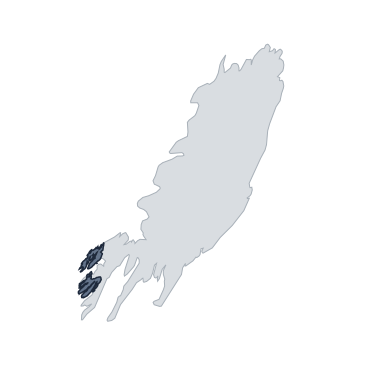 location of Ísafjarðarbær, Vestfirðir, Iceland, rotated 304°
{"feature_id": "244011B55108803715122", "entity_name": "Ísafjarðarbær", "entity_type": "district", "adm_level": 2, "iso_a3": "ISL", "parent_name": "Iceland", "parent_adm1": "Vestfirðir", "projection": "equal_earth", "projection_center": [-22.968, 66.078], "detail": "fine", "context": "in_parent", "style": "filled", "palette": "slate", "viewbox_px": 384, "rotation_deg": 304, "n_neighbors": 0, "source": "geoboundaries", "source_scale": "gbopen_adm2", "svg_char_len": 8816}
<svg xmlns="http://www.w3.org/2000/svg" viewBox="0 0 384 384"><g transform="rotate(304 192 192)"><path d="M296.1,148.3L299.6,148.4L305.2,147.3L313.2,144.0L316.6,143.3L324.5,143.3L315.1,146.5L311.8,150.0L309.3,151.7L309.4,152.5L316.3,154.6L319.5,153.9L321.0,154.2L322.3,155.2L323.4,157.2L323.0,159.3L321.2,161.5L318.7,163.2L319.1,163.8L321.2,164.1L332.3,163.0L333.8,165.6L334.9,166.5L334.6,167.3L330.4,170.1L335.5,168.4L339.6,167.9L346.8,168.8L349.8,169.8L351.6,171.6L355.1,171.0L356.8,172.0L356.9,173.1L355.6,176.1L351.5,177.6L354.2,179.8L356.4,179.8L356.8,180.3L356.7,181.6L353.6,183.1L359.1,184.8L359.8,185.4L359.6,187.3L358.8,188.4L357.3,189.1L353.4,189.2L351.1,189.9L352.0,191.1L351.5,194.4L348.7,197.1L346.0,198.5L343.2,199.5L335.4,198.4L335.9,200.8L333.3,202.2L333.9,203.4L334.9,204.0L334.5,205.6L331.2,208.8L328.8,209.8L323.9,211.1L316.9,214.0L309.7,214.0L292.0,218.2L285.1,220.5L272.9,227.3L267.6,229.1L258.5,230.0L231.2,234.5L228.3,237.2L228.1,237.8L229.4,238.9L227.4,240.8L223.3,242.2L221.3,242.2L217.9,241.0L217.5,241.6L218.9,243.0L205.5,245.4L186.8,244.1L170.1,240.8L157.0,240.1L147.6,235.4L147.4,234.7L148.3,233.3L151.7,232.7L150.0,231.2L144.5,233.7L142.7,233.6L140.3,232.6L140.2,231.7L135.5,231.3L127.4,228.3L126.8,227.7L128.7,226.7L128.4,226.5L124.0,226.6L117.7,229.4L80.2,230.4L79.0,229.0L77.4,223.7L78.7,221.5L80.2,221.7L84.6,224.7L94.7,223.0L98.7,221.9L102.5,219.0L104.6,218.1L107.6,214.4L110.7,212.2L117.0,211.1L111.3,210.5L101.9,213.4L98.8,213.4L100.2,212.1L103.4,210.7L101.2,210.6L100.4,209.9L100.2,208.6L101.9,206.4L113.0,202.5L110.4,201.8L102.7,204.7L97.1,205.8L92.5,204.4L90.3,202.6L90.4,201.8L93.1,199.5L92.6,199.1L90.8,198.8L85.8,196.7L78.0,196.9L58.7,195.7L44.1,198.6L40.6,197.3L37.7,194.4L38.3,193.2L40.9,192.6L48.0,192.7L58.5,191.3L63.3,189.6L65.1,190.0L66.0,190.8L72.5,189.6L75.9,188.1L81.7,188.8L103.5,188.0L106.3,186.1L107.4,183.7L106.9,183.3L98.9,185.4L97.1,185.4L87.8,184.2L84.5,183.0L85.6,181.9L90.5,179.7L102.9,176.1L104.7,175.3L104.8,174.5L99.9,172.9L90.5,173.3L88.1,171.5L80.3,170.4L75.1,171.1L72.4,170.0L41.8,175.8L31.9,173.1L24.8,172.7L24.2,171.8L28.4,169.3L31.2,168.8L34.0,169.0L39.4,170.8L43.2,171.4L38.5,168.8L38.3,166.2L36.8,165.6L35.4,163.9L36.0,163.4L41.6,163.7L50.6,166.6L55.0,166.1L60.7,164.3L47.9,163.2L44.0,160.9L46.8,159.8L53.4,159.9L46.0,156.0L45.7,155.3L47.0,153.6L56.2,155.1L51.3,152.8L51.2,152.3L52.6,151.9L53.3,150.4L55.6,149.9L60.3,150.4L67.5,153.0L68.5,153.8L68.8,156.5L71.7,156.1L75.0,156.5L77.8,154.6L79.8,155.0L81.3,156.7L81.1,160.3L83.1,159.1L86.4,159.0L87.0,156.0L86.3,153.6L75.3,150.8L71.0,148.8L71.5,148.2L73.6,147.6L85.1,147.1L80.2,145.9L78.9,144.7L70.3,145.2L65.9,144.7L65.8,144.1L67.5,143.2L72.8,141.3L82.8,141.2L86.8,141.7L94.6,145.7L100.8,147.4L111.3,152.9L117.9,155.1L118.3,155.6L117.2,156.2L114.6,157.0L118.6,157.9L121.0,159.4L121.2,160.0L119.1,164.5L116.6,166.0L110.4,165.1L111.9,166.6L116.3,168.1L117.3,169.0L116.7,169.8L118.8,169.6L119.5,170.0L118.5,172.6L117.4,173.5L121.1,174.1L123.7,175.4L126.8,180.6L128.4,176.6L129.3,175.1L130.8,174.5L132.5,170.5L136.6,168.1L140.4,167.2L144.5,170.0L147.3,170.3L150.2,165.3L150.5,161.7L149.5,157.6L149.9,154.8L151.9,153.1L154.4,152.6L160.0,154.3L164.7,158.2L171.8,162.6L176.6,163.7L177.5,163.5L178.3,162.1L177.4,156.4L179.5,153.4L185.2,152.6L193.8,149.9L195.8,149.8L200.1,151.4L208.0,157.1L213.5,159.7L216.6,164.0L217.9,164.8L219.0,163.5L219.0,161.6L212.0,152.8L211.9,151.6L212.5,150.7L224.4,151.1L227.1,152.1L235.5,157.1L239.5,155.1L247.2,149.2L250.0,149.4L256.9,151.7L259.7,151.5L267.5,149.4L269.1,146.7L265.3,141.1L266.7,140.0L274.0,138.6L282.0,138.9L290.6,144.0L291.1,146.4L296.1,148.3Z" fill="#d9dde1" stroke="#a8b0b8" stroke-width="1"/><path d="M52.9,150.0L51.9,150.6L51.1,150.9L51.0,151.0L51.3,151.1L52.8,151.2L53.5,151.2L53.5,151.4L54.9,151.5L55.5,151.8L56.1,152.3L57.7,152.8L58.4,153.2L56.1,152.6L54.8,151.9L52.8,151.5L51.9,151.9L49.9,151.9L49.3,152.0L49.2,152.1L49.7,152.6L51.5,153.2L52.7,153.8L53.6,154.1L53.8,154.4L53.9,154.2L54.4,154.2L56.5,154.9L56.9,155.2L57.0,155.4L56.9,155.4L57.2,155.6L57.1,155.9L57.4,155.9L57.6,156.0L58.5,156.3L58.2,156.3L58.4,156.4L58.4,156.5L57.6,156.3L57.4,156.4L57.2,156.4L56.7,156.1L56.4,156.1L56.3,155.9L56.7,156.0L56.6,155.6L56.9,155.4L56.5,155.6L56.2,155.3L56.2,155.1L56.3,155.1L56.1,155.1L56.1,155.3L55.8,155.3L52.0,154.7L48.8,153.8L47.9,153.9L46.2,153.6L45.5,153.7L45.0,154.2L44.9,154.5L44.4,154.7L44.4,154.9L44.9,155.4L44.6,155.6L45.4,155.8L46.3,156.5L47.2,157.0L47.6,157.0L48.2,157.4L49.8,158.1L50.9,158.4L51.1,158.7L52.0,159.1L52.8,159.1L53.4,159.4L54.7,159.3L54.4,159.2L54.6,159.2L55.8,159.6L55.9,160.0L56.3,160.1L57.2,160.3L59.2,160.3L59.8,160.5L60.6,160.8L61.0,160.7L61.6,161.0L63.1,161.1L63.9,161.3L62.1,161.3L59.4,160.8L59.6,160.8L59.8,160.7L59.7,160.7L59.4,160.8L58.8,160.7L58.2,160.8L57.4,160.8L56.7,160.6L55.8,160.6L54.9,160.3L54.5,160.0L54.4,159.8L53.6,159.8L52.3,160.1L51.5,160.1L50.8,159.9L50.2,159.8L49.9,159.3L46.7,158.7L44.8,158.4L44.0,158.7L43.8,158.7L43.3,159.2L43.4,159.3L43.2,159.5L42.9,159.7L43.2,160.3L43.7,160.6L43.7,160.9L43.9,160.9L43.8,161.1L44.1,161.2L44.2,161.5L47.7,163.3L48.7,163.3L53.1,164.1L53.4,164.1L53.8,163.9L56.9,164.0L59.4,163.8L60.7,163.8L62.4,163.2L63.2,163.1L63.8,163.2L64.2,163.4L63.5,163.7L62.6,163.8L62.1,164.1L62.5,164.3L62.9,164.3L63.0,164.6L62.9,164.8L61.3,164.6L59.2,164.5L58.1,165.0L54.5,165.0L53.1,165.3L53.6,165.4L54.1,165.8L55.5,166.3L55.9,166.4L57.1,165.6L59.2,166.2L61.4,166.2L63.1,165.6L65.7,166.1L66.9,165.9L68.1,165.8L68.6,165.7L69.4,164.9L70.1,164.2L70.3,163.7L70.2,163.2L69.6,162.7L69.2,162.1L68.5,161.6L68.0,160.9L66.0,160.0L65.3,159.4L65.2,159.0L63.7,158.0L63.7,157.6L63.7,157.1L64.2,156.7L63.9,156.5L64.8,156.2L65.6,155.8L65.8,155.1L67.7,154.8L68.2,154.7L69.1,153.9L69.1,153.6L69.6,153.2L69.0,152.8L68.1,152.6L66.2,153.7L64.8,154.1L64.7,154.1L64.9,154.2L64.5,154.4L64.4,154.4L64.4,154.1L64.7,154.1L64.1,153.8L65.6,153.4L65.7,153.5L65.5,153.8L65.8,153.6L66.0,153.5L65.6,153.3L66.2,152.4L65.7,152.2L65.7,151.8L65.0,151.4L63.5,151.6L63.4,151.8L63.6,152.1L63.5,152.3L63.0,152.5L62.0,152.5L61.7,152.8L61.1,153.0L61.0,153.3L60.7,153.4L59.1,152.8L57.7,151.7L54.1,150.7L53.8,150.3L52.9,150.0ZM100.9,147.0L99.3,147.4L97.6,147.5L97.1,147.1L97.0,146.9L97.4,146.4L97.5,146.3L97.3,146.2L96.9,146.3L97.0,146.5L96.5,146.8L96.3,147.1L95.8,147.4L95.5,147.6L95.2,147.5L95.5,147.3L95.6,147.0L95.6,146.7L95.2,146.6L93.5,147.3L92.9,147.2L92.6,147.0L93.6,146.0L92.8,145.7L92.6,145.5L93.3,145.3L93.8,144.8L94.0,144.6L92.6,144.8L92.3,144.6L92.0,144.4L92.6,144.1L91.3,143.8L91.6,143.5L90.5,143.4L90.2,143.2L89.4,143.1L89.1,142.9L88.7,142.9L88.7,142.7L88.2,142.2L87.9,142.1L88.0,142.1L87.9,142.1L87.9,141.6L87.7,141.3L87.8,141.2L87.4,141.1L87.5,140.9L85.8,140.5L85.4,140.5L86.4,141.3L86.4,141.6L86.1,141.7L85.1,141.8L84.9,141.8L84.9,141.7L84.6,141.6L84.0,141.6L83.9,141.5L83.9,141.3L83.7,141.0L83.1,140.9L82.2,140.5L81.5,140.5L81.0,140.6L81.3,141.0L81.2,141.2L80.6,141.4L80.3,141.6L80.1,141.9L79.7,142.1L79.0,142.2L78.0,142.1L77.7,141.9L77.6,141.6L77.4,141.4L75.6,141.2L75.3,141.2L74.2,140.7L73.2,140.5L71.4,140.4L70.7,140.5L70.8,140.7L71.6,140.9L71.6,141.1L70.8,141.5L68.7,141.4L68.3,141.6L68.1,141.9L67.9,142.0L66.4,141.5L65.2,141.7L66.0,142.1L67.5,143.0L68.0,143.1L68.4,142.9L68.8,143.1L68.9,143.6L68.5,144.1L67.6,144.2L67.4,144.4L66.8,144.6L66.4,144.5L65.8,144.3L63.9,144.0L63.5,144.0L63.4,144.3L63.8,144.6L64.8,145.1L66.9,145.5L68.6,146.1L70.2,146.0L70.5,146.1L71.3,145.8L72.4,145.6L73.1,145.3L73.0,145.0L73.2,144.9L73.4,144.7L75.3,144.2L76.0,143.8L75.7,144.3L74.7,144.6L74.3,145.3L74.3,145.6L75.8,145.5L76.9,145.3L77.8,145.0L78.5,144.5L78.6,144.1L79.0,144.0L81.4,143.7L81.3,143.9L81.5,144.0L81.3,144.1L80.0,144.2L79.6,144.4L79.4,144.3L79.4,144.5L79.5,144.6L79.4,144.9L78.3,145.8L78.3,146.0L79.8,146.4L82.1,146.5L83.7,145.9L84.1,145.5L84.5,145.4L84.4,145.1L84.2,144.9L84.3,144.9L85.3,145.0L85.0,145.3L85.0,145.6L85.9,145.7L85.1,145.9L84.1,146.4L83.0,146.5L82.5,147.0L82.8,147.1L85.2,147.1L87.5,146.8L87.9,146.9L88.5,146.9L88.8,147.0L87.8,147.2L87.3,147.2L86.9,147.4L85.9,147.5L84.1,147.6L84.1,147.9L84.0,148.0L82.8,147.7L82.7,148.1L83.1,148.4L82.8,148.7L82.0,148.4L81.6,147.9L81.2,147.8L80.8,147.9L79.4,147.9L76.6,147.2L75.2,147.2L73.4,147.5L73.0,147.6L73.3,147.8L73.1,147.9L72.3,147.9L70.6,148.1L70.2,148.3L70.1,148.6L70.6,149.3L71.4,149.8L73.1,150.6L74.4,151.0L76.0,151.1L76.4,151.4L77.8,151.5L80.0,152.1L81.9,152.4L82.3,152.5L82.6,152.9L84.3,153.3L85.3,153.4L85.9,153.4L86.4,153.2L87.0,153.0L87.3,153.1L87.8,153.0L87.7,153.1L88.5,152.6L90.3,152.4L90.8,152.1L91.1,149.9L92.1,150.1L92.8,150.1L92.9,150.3L93.6,150.6L94.2,150.5L95.8,149.7L96.6,149.2L98.1,148.7L98.7,148.4L98.8,148.1L99.8,147.9L99.8,147.6L100.9,147.0ZM79.7,152.3L79.6,152.5L79.8,152.9L79.9,152.7L80.0,152.5L79.9,152.5L80.0,152.4L79.7,152.3ZM58.0,156.3L57.6,156.2L58.0,156.3L58.0,156.3Z" fill="#64748b" stroke="#1e293b" stroke-width="1.5"/></g></svg>